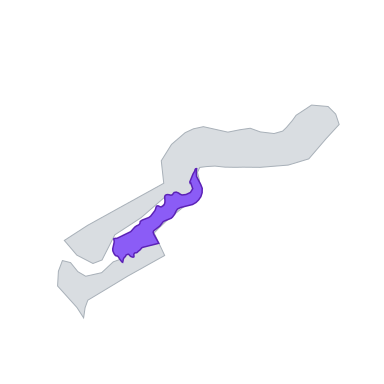 Gambia, with Lower River highlighted, rotated 330°
{"feature_id": "GMB-2154", "entity_name": "Lower River", "entity_type": "Division", "adm_level": 1, "iso_a3": "GMB", "parent_name": "Gambia", "parent_adm1": "", "projection": "equal_earth", "projection_center": [-15.76, 13.406], "detail": "fine", "context": "in_parent", "style": "filled", "palette": "violet", "viewbox_px": 384, "rotation_deg": 330, "n_neighbors": 0, "source": "natural_earth", "source_scale": "10m", "svg_char_len": 2499}
<svg xmlns="http://www.w3.org/2000/svg" viewBox="0 0 384 384"><g transform="rotate(330 192 192)"><path d="M57.2,170.1L84.9,168.7L118.3,169.3L154.8,170.0L171.9,170.3L181.0,149.6L198.1,140.5L215.7,137.2L224.8,138.0L234.5,141.1L253.0,158.1L264.5,162.0L274.3,165.9L281.2,174.1L292.3,182.4L301.0,184.6L306.2,183.3L314.8,180.2L320.5,177.6L339.0,176.5L352.6,186.0L355.4,196.4L353.2,207.1L335.0,212.8L309.7,221.7L288.8,216.8L263.3,204.7L248.4,195.9L242.2,192.5L232.9,186.9L224.8,181.0L217.0,177.1L211.0,174.6L206.6,177.7L204.4,185.1L200.9,193.3L196.3,198.2L175.0,201.0L155.9,204.1L145.6,206.6L138.7,208.6L136.6,233.3L114.9,233.0L93.6,232.7L71.5,233.2L47.7,233.6L41.6,238.7L35.2,246.8L34.6,234.5L28.6,206.2L36.7,193.8L45.5,186.6L51.5,192.4L53.3,203.9L57.8,211.8L73.4,216.7L88.9,213.1L98.3,214.8L98.0,208.4L101.2,199.9L120.0,196.3L139.8,193.8L160.2,188.8L176.1,189.0L180.9,187.5L179.8,185.4L165.4,182.9L134.9,188.8L103.7,190.5L80.1,205.9L70.5,204.4L60.7,189.1L57.2,170.1Z" fill="#d9dde1" stroke="#a8b0b8" stroke-width="1"/><path d="M207.7,174.1L205.3,177.5L203.7,180.8L203.3,189.8L202.7,193.9L200.4,197.7L197.3,200.5L193.7,202.2L190.2,203.1L186.2,203.1L174.3,199.7L170.9,199.5L168.3,200.8L165.8,202.6L162.5,204.0L160.8,204.3L153.4,203.3L152.0,203.4L147.1,205.4L139.5,206.4L138.3,207.3L137.8,209.4L137.6,219.8L121.7,215.3L120.8,215.2L117.9,216.2L115.6,216.5L114.8,216.8L114.1,216.9L113.4,216.8L112.4,216.3L111.6,216.2L110.4,216.9L109.7,218.5L109.3,219.1L108.7,219.1L107.9,218.6L106.8,217.3L106.4,216.2L106.2,215.3L106.1,214.5L105.6,213.9L103.5,213.6L102.0,214.6L100.8,214.8L99.7,215.3L98.7,216.1L97.8,217.2L96.8,218.2L96.3,217.4L95.8,213.4L95.8,211.7L95.5,210.3L94.8,209.7L94.3,209.3L93.9,208.5L93.7,207.3L93.7,206.1L94.0,203.4L94.9,201.6L99.3,196.8L100.1,195.6L100.5,194.1L100.9,193.4L102.0,193.6L103.8,194.6L119.1,195.7L124.9,193.8L127.0,193.6L128.2,193.7L128.8,193.8L129.3,193.8L130.4,193.6L131.2,193.1L131.8,192.5L132.2,191.9L132.5,191.6L134.9,191.4L141.9,192.5L144.2,192.2L150.5,189.6L151.6,188.8L153.6,186.9L154.6,186.5L155.7,187.0L157.2,189.1L158.3,189.6L159.8,189.5L161.0,189.3L162.0,188.7L163.2,187.6L164.2,186.1L165.9,182.5L167.0,181.6L168.3,181.5L169.6,182.0L170.9,183.0L171.8,184.0L173.0,184.6L174.1,184.4L175.3,183.8L176.3,183.5L178.3,184.2L179.7,186.0L180.7,188.1L181.9,189.6L185.6,191.2L190.4,191.6L194.3,189.5L195.4,183.5L194.8,183.5L195.1,182.2L201.9,176.9L204.7,175.3L206.0,174.0L206.8,173.7L207.5,173.9L207.7,174.1L207.7,174.1Z" fill="#8b5cf6" stroke="#5b21b6" stroke-width="1.5"/></g></svg>